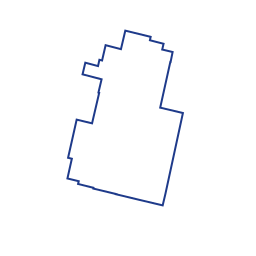 the district of Lincoln, Buenos Aires, Argentina, rotated 328°
{"feature_id": "61730980B97340635160564", "entity_name": "Lincoln", "entity_type": "district", "adm_level": 2, "iso_a3": "ARG", "parent_name": "Argentina", "parent_adm1": "Buenos Aires", "projection": "natural_earth1", "projection_center": [-61.695, -35.088], "detail": "fine", "context": "isolated", "style": "outline", "palette": "blue", "viewbox_px": 256, "rotation_deg": 328, "n_neighbors": 0, "source": "geoboundaries", "source_scale": "gbopen_adm2", "svg_char_len": 589}
<svg xmlns="http://www.w3.org/2000/svg" viewBox="0 0 256 256"><g transform="rotate(328 128 128)"><path d="M72.4,110.4L61.4,121.5L64.1,124.3L49.9,138.7L58.0,147.0L56.0,149.0L67.0,160.4L66.5,161.0L83.0,177.8L82.8,177.9L99.7,195.1L116.4,212.0L124.7,203.8L150.8,177.0L182.5,144.4L166.1,127.8L198.9,94.4L199.1,94.6L206.1,87.2L198.6,79.6L202.8,75.4L198.1,70.5L193.1,65.2L195.5,62.7L177.3,44.0L163.8,57.4L152.9,45.9L141.8,57.0L139.9,55.0L135.4,59.6L126.4,50.0L117.9,58.4L131.4,72.7L121.7,82.3L122.2,82.9L100.0,105.0L88.9,93.7L72.4,110.4Z" fill="none" stroke="#1e3a8a" stroke-width="2"/></g></svg>